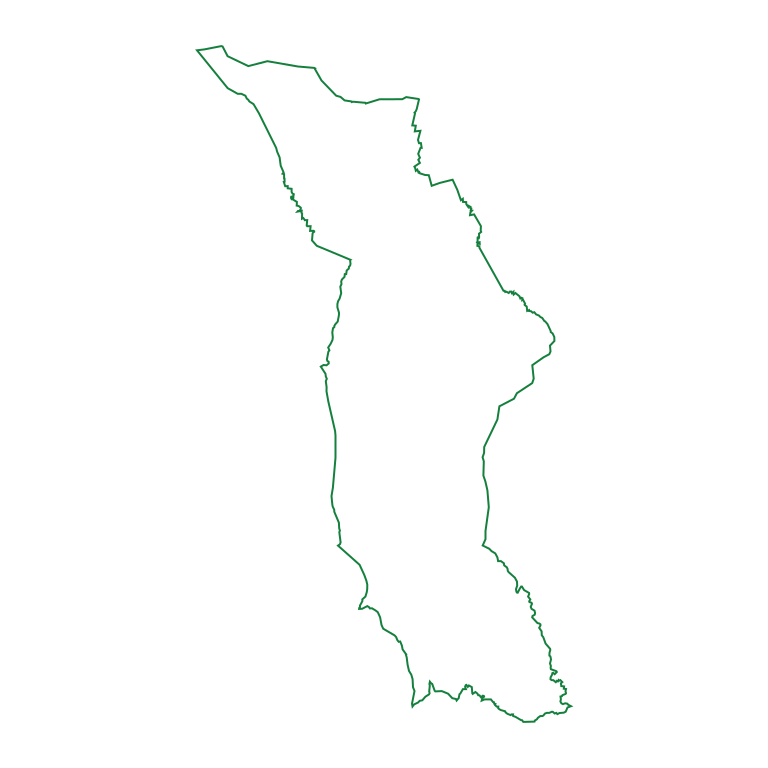 Queréndaro, Michoacán, Mexico
{"feature_id": "50627088B26818306159924", "entity_name": "Queréndaro", "entity_type": "district", "adm_level": 2, "iso_a3": "MEX", "parent_name": "Mexico", "parent_adm1": "Michoacán", "projection": "equal_earth", "projection_center": [-100.842, 19.727], "detail": "fine", "context": "isolated", "style": "outline", "palette": "green", "viewbox_px": 768, "rotation_deg": 0, "n_neighbors": 0, "source": "geoboundaries", "source_scale": "gbopen_adm2", "svg_char_len": 6102}
<svg xmlns="http://www.w3.org/2000/svg" viewBox="0 0 768 768"><path d="M412.5,706.5L414.1,704.4L418.1,702.5L419.7,700.8L422.3,700.3L425.4,696.7L429.0,694.4L429.6,693.3L429.2,691.3L429.8,685.7L429.4,684.1L429.9,681.7L431.3,683.5L432.2,683.9L434.7,690.8L435.3,691.4L441.8,691.1L448.1,693.7L452.3,698.2L456.0,699.0L456.6,700.5L458.7,698.1L459.5,694.2L460.3,693.6L462.9,689.1L465.9,689.1L465.1,686.8L465.7,685.2L466.4,684.9L467.8,686.9L468.9,685.5L471.8,687.1L472.3,693.3L472.7,693.9L475.4,692.0L477.4,693.6L478.2,695.2L479.5,695.3L480.9,697.2L482.8,695.7L483.8,695.9L484.1,696.7L482.3,698.1L481.7,700.6L484.5,699.4L490.9,699.4L493.1,702.1L493.9,702.2L494.2,703.7L495.4,703.9L495.1,705.1L496.7,706.6L498.3,706.6L498.2,708.2L498.9,708.9L500.6,710.0L505.2,711.3L505.5,712.3L507.4,713.8L510.6,715.1L511.4,714.4L513.0,714.4L512.8,715.3L513.1,716.0L515.4,716.8L521.0,720.1L522.2,720.3L523.2,721.8L523.9,721.9L534.5,721.6L534.9,720.5L536.9,719.3L537.8,717.9L540.2,716.1L542.5,716.0L543.4,715.5L544.9,713.6L546.7,712.9L549.2,712.9L552.0,711.7L553.0,712.0L554.6,713.5L556.3,712.9L557.4,714.1L559.6,713.0L563.7,712.7L565.7,711.7L567.5,707.5L571.0,706.2L568.1,704.7L567.4,703.7L565.2,703.3L562.9,704.1L561.4,703.3L560.4,701.5L560.9,699.3L560.5,696.5L561.9,696.2L562.4,695.2L565.6,693.9L566.0,693.2L565.5,691.1L566.0,689.0L563.8,688.7L564.1,686.4L561.3,686.1L560.9,683.3L562.3,682.1L560.3,680.1L559.1,680.7L558.6,680.1L557.9,681.4L556.9,680.8L555.8,682.2L553.4,680.2L551.6,680.1L550.5,679.3L550.6,677.4L552.0,674.8L552.4,673.1L553.1,672.8L554.7,674.2L556.8,672.0L556.4,671.2L550.9,669.2L550.6,667.7L550.9,666.0L550.0,663.5L551.0,659.4L550.4,656.4L549.4,655.6L549.5,652.7L550.3,650.0L550.1,648.8L545.6,643.6L543.3,637.2L541.8,635.3L541.6,631.3L539.2,627.9L540.5,625.3L540.4,624.3L539.3,623.5L537.5,623.1L532.2,617.4L532.5,616.0L534.7,614.7L535.1,613.2L534.5,610.6L531.6,608.9L530.7,606.8L532.0,603.8L531.5,602.7L529.5,602.1L529.2,601.3L530.3,599.4L528.1,596.6L529.2,594.0L529.0,592.9L524.1,590.1L521.9,586.5L521.2,586.5L519.9,588.4L517.7,592.7L517.0,592.6L516.4,591.7L516.0,589.2L517.2,585.6L517.0,581.6L514.9,577.7L508.6,572.1L507.8,570.9L507.5,568.6L506.7,567.2L504.2,565.4L503.9,563.3L500.9,561.1L498.1,561.1L497.4,557.4L495.3,553.4L491.5,551.1L489.3,548.8L482.7,545.5L485.5,539.2L485.5,531.0L488.8,507.2L487.4,490.3L485.4,481.5L483.4,475.6L483.8,461.3L482.6,457.2L484.1,452.9L484.2,447.0L497.4,419.5L499.4,406.3L514.0,398.7L516.9,393.2L532.2,383.1L533.7,378.7L532.3,365.2L543.7,357.2L549.3,354.2L550.5,351.5L550.0,345.6L554.4,341.0L554.3,337.0L552.6,333.4L550.8,332.1L550.6,330.8L547.5,324.1L545.2,321.4L544.4,321.1L542.2,317.9L540.5,317.1L538.9,315.5L536.1,314.4L534.3,312.2L532.7,312.7L531.0,311.2L529.1,311.0L529.0,310.1L527.2,310.9L526.7,306.5L524.7,305.0L524.6,304.5L525.1,303.7L523.0,299.7L522.2,300.1L522.4,298.2L521.1,297.7L520.3,298.4L519.4,296.2L515.4,293.0L513.6,294.6L513.1,293.4L513.3,291.9L511.8,293.1L511.3,291.6L509.8,291.6L508.7,293.0L506.4,291.7L505.2,292.0L504.7,290.8L503.5,290.8L479.5,247.9L479.4,246.3L477.4,245.9L477.5,243.1L479.7,243.9L479.6,242.2L478.2,242.6L477.1,242.2L477.6,241.3L477.6,238.2L478.8,238.3L479.0,237.7L478.3,237.1L479.1,236.7L479.0,233.7L481.2,231.9L480.7,230.6L480.9,226.1L474.1,214.4L470.0,215.2L470.4,212.4L472.0,210.6L470.7,210.4L471.3,208.4L470.1,207.8L470.5,206.9L468.4,205.7L468.1,206.8L466.3,204.2L466.2,202.1L463.0,201.9L462.8,198.8L460.9,200.2L457.3,189.8L452.6,179.7L439.9,182.9L431.7,185.8L428.8,175.2L425.1,175.0L419.8,173.3L419.3,172.0L418.5,172.5L417.3,169.6L415.8,170.8L415.2,168.1L414.4,166.6L419.9,162.9L418.3,159.8L419.9,157.7L418.2,153.9L420.5,147.9L421.7,147.9L420.9,143.1L419.0,143.2L418.0,139.9L420.4,130.8L414.8,131.4L415.8,125.7L412.3,125.4L414.8,114.4L415.0,113.3L414.5,112.7L415.7,111.4L416.7,109.1L419.0,99.4L418.6,99.0L406.2,97.1L402.3,99.2L379.5,99.3L365.8,103.5L365.5,102.8L352.8,101.7L351.8,102.1L351.2,101.4L344.6,100.4L340.5,96.9L336.2,95.7L321.5,80.5L315.0,69.1L315.3,68.5L314.2,67.9L297.9,66.5L267.4,61.2L248.3,66.1L227.6,56.2L222.6,46.5L221.3,46.1L204.4,49.4L197.0,50.3L227.7,88.2L237.7,93.8L241.3,93.8L245.4,95.7L246.8,98.6L248.2,99.7L249.4,101.5L253.5,104.1L258.9,113.2L276.2,148.0L277.1,151.6L279.6,157.4L280.7,165.7L283.6,172.4L282.6,173.7L284.1,174.1L284.1,178.4L284.5,178.5L284.6,181.7L283.8,181.9L285.2,186.2L287.7,186.1L287.7,188.3L291.6,188.8L291.6,191.9L292.5,193.6L293.8,194.2L293.4,196.0L292.4,196.3L292.1,196.9L291.2,196.8L291.0,197.9L291.6,199.1L292.5,198.6L292.8,196.8L293.4,197.1L293.1,199.6L296.9,201.9L296.7,205.6L298.6,206.0L300.8,207.7L300.8,208.9L299.6,210.9L298.0,211.0L297.5,211.6L301.7,210.8L301.4,212.7L302.1,213.4L302.0,218.7L303.3,218.0L304.7,219.9L304.0,220.2L307.2,220.1L306.7,225.6L307.2,226.2L310.6,226.2L310.1,230.9L313.5,230.8L314.2,231.2L314.2,231.8L313.3,232.2L312.6,233.4L312.0,240.4L316.8,245.8L350.4,259.8L350.1,260.0L350.5,263.9L350.1,265.6L349.0,266.7L348.8,268.6L346.7,270.5L346.2,274.1L344.8,274.1L344.5,276.9L341.9,279.5L341.2,281.5L341.5,284.0L340.3,286.7L341.2,293.2L339.6,298.6L338.1,301.2L337.4,304.0L337.4,307.4L339.0,312.7L338.9,315.4L337.7,321.6L335.2,324.4L334.4,325.8L334.3,327.1L333.0,328.2L332.3,332.5L332.8,337.2L332.5,339.9L330.7,343.7L328.2,347.5L329.4,350.4L328.4,351.6L326.9,359.5L327.4,361.0L328.6,361.7L328.7,363.5L326.5,365.3L323.6,365.0L320.8,366.6L325.5,373.8L325.8,376.4L326.8,378.8L325.8,381.2L326.6,387.2L326.5,391.3L328.3,401.4L335.1,431.1L335.5,435.6L335.5,457.7L332.9,487.6L331.5,496.1L332.3,504.3L332.7,506.6L334.2,509.7L334.3,511.8L338.9,522.7L339.2,528.3L339.9,530.7L339.3,532.1L340.6,542.4L339.9,544.3L338.0,545.6L359.6,564.8L364.3,575.0L366.4,580.8L367.3,584.7L367.2,589.3L366.7,592.4L365.4,596.6L362.3,599.4L362.4,601.1L360.0,605.5L359.9,607.4L359.2,608.0L359.1,608.9L362.1,608.8L367.3,606.1L369.2,607.3L369.8,608.4L372.0,608.3L375.6,610.5L377.8,612.2L380.1,617.3L381.5,624.9L383.2,628.7L394.6,635.4L396.1,637.0L397.3,640.0L398.7,641.8L400.2,641.5L401.9,645.6L402.6,649.4L406.2,654.4L405.9,654.7L406.7,657.4L407.6,664.7L409.0,670.9L411.3,674.7L412.6,679.2L413.0,687.2L414.5,691.0L412.0,703.7L412.5,706.5Z" fill="none" stroke="#15803d" stroke-width="2"/></svg>